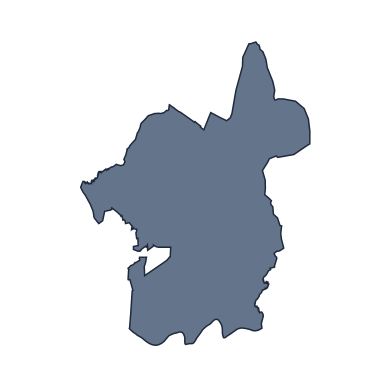 outline of Kauguru pag., Beverinas, Latvia, rotated 277°
{"feature_id": "27541924B64274415007914", "entity_name": "Kauguru pag.", "entity_type": "district", "adm_level": 2, "iso_a3": "LVA", "parent_name": "Latvia", "parent_adm1": "Beverinas", "projection": "natural_earth1", "projection_center": [25.472, 57.49], "detail": "fine", "context": "isolated", "style": "filled", "palette": "slate", "viewbox_px": 384, "rotation_deg": 277, "n_neighbors": 0, "source": "geoboundaries", "source_scale": "gbopen_adm2", "svg_char_len": 5843}
<svg xmlns="http://www.w3.org/2000/svg" viewBox="0 0 384 384"><g transform="rotate(277 192 192)"><path d="M189.2,82.6L188.1,82.2L184.4,81.2L183.3,81.0L182.6,81.2L178.7,83.8L175.7,86.6L167.3,92.6L161.8,95.7L159.3,96.7L155.3,97.7L154.0,98.5L149.3,103.3L152.5,106.8L162.2,107.7L164.1,113.3L165.1,114.6L166.2,114.2L166.5,114.3L163.4,119.5L160.2,123.9L160.3,124.2L159.2,124.5L159.8,125.4L155.6,126.9L156.1,127.7L155.6,128.9L154.7,129.3L152.6,129.8L153.9,133.5L151.0,136.4L151.0,136.6L147.3,136.6L148.9,138.1L148.1,138.0L148.4,138.5L148.4,139.1L148.3,141.7L144.7,141.6L144.5,141.3L138.9,142.8L138.9,143.1L139.4,143.9L132.3,145.1L130.8,140.5L127.8,140.9L126.6,145.7L126.8,145.8L126.9,147.6L127.4,147.7L127.7,148.4L128.6,148.4L131.2,151.1L132.5,152.7L131.9,153.0L131.8,153.3L133.9,154.2L128.7,155.1L134.0,160.7L134.5,160.5L134.0,161.5L133.3,163.3L133.1,165.5L134.6,177.6L124.9,178.3L124.8,177.7L122.6,176.4L120.9,175.1L117.5,171.4L103.2,155.2L112.2,153.7L116.1,154.5L121.7,154.8L120.8,147.9L119.8,147.8L117.9,148.5L114.8,144.5L114.8,144.3L115.6,144.2L114.3,143.7L113.3,143.0L112.4,142.1L111.4,140.0L110.4,139.6L108.5,137.8L107.0,138.8L106.7,138.6L98.7,139.1L97.9,139.3L97.5,139.2L97.1,139.5L97.6,141.0L87.0,145.4L86.6,144.7L64.0,146.0L49.8,146.6L48.9,146.4L48.0,147.4L45.7,150.7L44.5,153.2L43.1,155.3L41.4,159.5L38.0,164.9L36.5,168.0L35.6,171.0L35.4,174.1L35.9,176.4L36.2,177.2L37.9,180.0L40.2,182.4L46.3,186.4L46.8,187.0L48.4,189.5L49.7,192.0L50.2,193.7L51.6,196.7L51.7,198.8L50.4,200.7L48.7,201.7L47.4,202.3L45.6,202.8L43.0,203.0L40.7,203.5L40.2,203.9L40.0,204.3L40.1,204.8L41.2,208.0L41.5,210.5L41.7,211.1L42.3,211.9L44.4,213.2L47.8,214.6L52.9,217.5L57.0,219.6L60.2,222.4L61.7,224.1L63.3,226.2L67.1,229.1L67.9,230.0L68.4,230.9L68.6,231.9L68.5,232.8L68.2,233.8L65.7,236.1L63.8,237.4L62.2,238.1L60.3,238.7L55.0,239.5L52.1,240.6L51.4,241.0L51.2,241.4L51.4,242.3L51.7,242.9L53.2,244.3L55.7,247.3L61.5,253.7L62.3,255.3L62.8,256.8L63.1,257.9L63.1,261.7L62.7,265.8L61.8,269.5L61.9,271.4L62.7,274.3L65.2,278.0L67.6,277.5L69.5,276.8L77.6,277.9L79.7,277.2L81.1,276.1L81.3,275.3L81.0,274.2L80.4,273.8L81.0,273.3L81.6,273.3L81.8,273.1L83.2,272.7L82.8,272.4L83.3,272.3L83.4,271.9L83.9,271.8L84.0,272.2L85.1,272.0L85.4,271.1L85.7,270.8L85.6,270.7L85.6,270.4L86.3,270.4L86.2,270.1L86.5,269.7L86.0,269.2L86.6,268.6L86.6,268.2L86.9,268.1L87.0,268.3L88.4,267.9L88.5,268.2L89.0,268.3L89.2,268.0L90.0,268.1L90.3,268.3L92.0,268.5L92.5,268.7L93.4,269.7L96.4,271.2L97.0,271.4L98.2,271.4L98.8,271.7L99.6,272.5L100.1,272.8L101.4,273.5L102.9,273.7L103.3,274.4L103.6,274.5L103.5,275.0L104.8,276.1L104.5,276.3L104.5,276.5L104.8,276.9L105.3,276.8L105.1,277.2L105.5,277.4L105.5,277.9L105.7,278.1L106.0,277.9L106.4,278.3L106.7,278.2L106.9,278.7L107.4,278.7L108.0,279.0L109.0,278.8L109.2,279.2L109.8,279.4L109.8,279.2L110.2,279.0L110.3,278.5L111.1,278.3L111.6,278.5L111.9,278.3L112.1,277.2L111.6,277.2L111.5,276.9L111.2,276.9L111.4,276.7L110.8,276.7L110.5,276.5L110.6,276.3L111.0,276.3L111.1,276.0L111.0,275.9L111.0,275.7L110.5,275.7L110.4,274.7L111.3,274.5L111.7,274.0L112.0,274.0L112.3,273.7L112.6,274.0L112.8,273.9L113.1,273.8L112.9,273.6L113.2,273.5L113.1,273.3L114.2,273.0L116.3,273.6L117.4,274.8L119.7,276.2L123.1,277.5L124.6,279.5L125.9,278.8L127.5,283.1L128.9,282.9L136.0,284.2L136.9,284.2L137.8,283.6L138.6,282.4L141.1,281.0L142.6,282.4L143.5,283.5L143.7,283.9L143.9,285.4L145.1,287.3L146.4,288.6L147.2,289.8L147.7,289.8L156.7,286.3L160.5,285.4L162.3,285.1L169.3,285.1L169.5,283.4L176.7,280.0L179.9,275.5L187.2,274.0L189.1,271.9L191.0,271.3L192.9,271.9L194.9,269.5L198.2,264.5L204.3,264.4L211.1,263.4L212.4,263.3L221.9,259.3L230.8,263.5L234.4,264.7L238.0,271.1L237.9,271.5L236.9,272.6L236.8,272.9L241.6,288.5L252.8,301.3L254.0,303.0L255.7,302.9L267.0,301.5L278.7,298.6L288.4,293.2L294.7,283.7L295.5,271.3L294.9,266.2L293.4,263.7L293.4,263.1L293.6,262.8L296.6,261.5L303.2,261.7L311.6,258.7L324.5,251.6L332.9,249.1L339.8,245.3L341.9,242.2L345.8,240.8L346.7,238.7L348.2,237.6L348.6,237.2L348.5,236.7L346.3,232.2L346.2,230.7L345.9,230.4L331.8,226.0L322.9,226.8L298.0,223.2L274.8,222.1L270.5,221.0L270.0,220.7L267.0,217.7L269.3,210.8L273.1,200.9L255.2,196.2L257.3,192.5L258.3,192.7L262.1,186.5L262.2,186.4L261.4,186.0L262.5,184.2L269.7,170.9L270.3,168.9L272.5,164.9L273.3,163.9L274.2,161.9L275.6,159.6L275.8,158.9L270.6,158.8L269.9,157.8L269.7,156.6L267.3,154.6L266.8,153.1L266.0,151.3L266.1,149.6L265.3,145.3L262.4,139.3L257.7,136.1L254.2,133.3L252.5,132.8L250.0,132.7L245.4,131.4L244.1,130.6L237.3,129.5L233.7,126.9L230.4,124.7L228.4,124.0L226.7,122.3L224.7,122.3L220.6,121.8L216.1,120.4L213.9,121.8L210.6,120.7L209.5,118.1L209.8,115.4L210.2,113.4L207.7,110.9L206.9,108.8L206.4,108.0L204.3,106.4L204.2,106.1L204.9,105.8L204.3,105.1L204.0,105.2L203.6,105.0L203.9,104.9L203.8,104.6L204.2,104.2L203.8,103.6L204.0,103.4L203.1,102.8L203.2,102.5L201.9,101.5L201.8,101.2L200.8,99.8L200.3,99.6L200.6,99.4L200.4,99.2L200.5,99.1L200.9,99.0L200.5,98.6L200.8,98.1L201.1,98.0L201.0,97.8L200.6,97.8L200.7,97.2L200.3,97.2L200.5,96.9L200.4,96.8L200.1,96.7L199.9,96.9L199.6,96.6L199.1,96.7L198.7,96.5L198.4,96.9L197.6,96.5L197.6,96.9L196.9,96.8L196.5,96.5L196.3,96.6L195.4,96.4L194.9,96.4L194.6,95.9L193.9,95.8L193.5,95.2L193.8,95.1L193.8,94.9L193.7,94.8L193.4,94.8L193.3,94.6L193.8,94.6L194.0,94.5L193.8,94.2L193.1,94.4L192.8,94.2L192.9,93.9L192.0,93.7L191.6,93.4L191.2,93.6L191.1,93.3L191.3,93.1L191.1,93.1L191.4,92.9L191.5,92.8L191.1,92.8L190.8,92.6L190.7,92.2L190.9,92.0L190.1,91.8L190.2,91.5L190.8,90.9L189.6,90.8L189.0,91.2L188.3,91.3L188.4,91.1L188.2,90.8L188.3,90.5L187.7,89.6L187.9,89.0L188.1,88.8L187.5,88.6L187.5,88.4L187.7,88.1L188.1,87.9L187.9,87.5L188.3,87.2L188.9,87.0L188.6,86.8L188.7,86.4L188.4,86.4L187.4,85.5L188.1,85.1L187.7,85.0L188.0,84.5L188.6,84.4L188.7,84.1L189.3,83.7L189.1,83.4L189.0,83.1L189.2,82.6Z" fill="#64748b" stroke="#1e293b" stroke-width="1.5"/></g></svg>